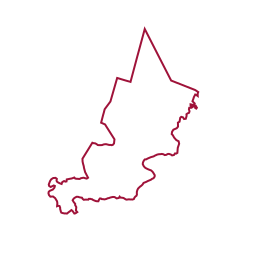 outline of Serrano do Maranhão, Maranhão, Brazil, rotated 196°
{"feature_id": "56859067B78224443987075", "entity_name": "Serrano do Maranhão", "entity_type": "district", "adm_level": 2, "iso_a3": "BRA", "parent_name": "Brazil", "parent_adm1": "Maranhão", "projection": "robinson", "projection_center": [-45.009, -1.886], "detail": "fine", "context": "isolated", "style": "outline", "palette": "rose", "viewbox_px": 256, "rotation_deg": 196, "n_neighbors": 0, "source": "geoboundaries", "source_scale": "gbopen_adm2", "svg_char_len": 3217}
<svg xmlns="http://www.w3.org/2000/svg" viewBox="0 0 256 256"><g transform="rotate(196 128 128)"><path d="M73.7,117.7L74.7,122.7L74.5,127.0L75.7,129.2L78.2,129.7L81.0,131.5L83.0,133.5L84.3,134.2L84.6,136.6L83.9,138.9L81.1,141.2L80.3,143.1L80.8,144.7L81.5,146.9L80.2,148.3L80.6,152.2L79.9,153.4L78.1,153.4L76.6,152.1L75.0,152.8L75.0,155.8L75.6,157.3L74.8,158.4L73.5,159.5L73.5,161.1L74.6,162.8L74.7,164.3L72.7,164.9L71.9,165.7L72.9,166.4L74.0,166.6L74.4,168.0L72.5,168.1L71.5,167.2L69.8,167.2L68.8,165.7L67.7,165.5L67.4,166.5L68.2,167.2L69.2,168.2L71.2,168.3L70.7,170.0L73.4,171.5L73.3,173.0L73.2,174.2L73.2,175.7L72.6,178.7L70.9,178.4L69.8,178.0L70.5,180.1L70.4,181.9L73.8,183.0L99.6,185.5L113.3,200.1L130.6,218.6L139.2,227.8L139.1,222.5L138.8,201.2L138.8,200.0L138.3,173.0L142.0,173.0L143.8,173.0L152.2,173.1L152.2,148.6L155.6,139.6L155.5,136.2L155.5,133.4L155.3,125.7L151.0,125.1L149.5,123.7L140.5,115.7L137.9,113.4L137.2,109.3L137.9,107.7L138.9,107.0L139.8,107.0L141.5,106.5L142.5,106.5L144.7,106.4L146.5,105.7L147.4,105.1L148.3,104.4L149.6,104.0L151.2,103.5L152.4,103.3L153.9,103.9L155.5,104.2L156.8,103.9L158.2,104.0L163.3,85.9L162.4,83.2L161.5,81.5L159.9,78.9L159.4,77.7L157.0,73.7L155.9,72.6L155.1,71.7L152.7,69.2L153.7,68.0L155.4,67.9L156.8,68.0L157.8,67.6L159.5,66.7L160.4,65.7L161.7,65.4L162.8,65.2L163.9,64.9L164.9,64.9L166.0,65.6L167.0,64.8L168.3,63.9L170.0,63.1L171.5,62.3L172.7,61.7L172.4,59.7L173.4,59.2L174.8,59.4L175.6,58.6L176.3,57.8L176.4,55.9L177.9,56.0L179.9,56.3L181.6,56.9L182.2,57.8L182.4,59.5L183.9,60.1L186.1,59.3L187.6,57.6L188.2,55.9L188.4,54.3L188.6,51.9L187.9,50.6L186.1,50.0L183.5,52.3L182.3,52.1L182.3,50.3L183.3,48.1L185.7,46.2L186.6,44.9L186.5,43.4L185.5,41.8L183.7,40.6L181.2,41.5L178.7,40.5L176.0,38.0L175.2,36.3L174.6,33.3L173.6,34.0L172.3,34.1L171.3,32.8L170.8,31.3L170.1,30.2L169.5,29.1L168.8,28.3L167.6,28.2L166.4,28.3L165.2,28.4L164.2,28.8L163.1,28.9L161.7,30.9L160.5,32.4L159.8,33.5L158.5,33.0L156.0,31.0L155.0,31.5L153.6,33.2L155.3,34.3L155.9,37.7L157.6,39.4L157.9,40.6L159.6,41.7L161.3,43.3L160.8,45.0L160.1,46.1L158.5,47.7L156.9,48.1L155.5,48.0L153.0,48.3L152.0,47.3L150.7,46.8L149.4,47.4L146.4,48.2L146.1,49.1L144.8,49.5L143.7,49.5L142.7,49.6L141.8,49.2L139.0,48.9L137.8,49.0L136.3,49.4L136.1,51.1L135.6,52.5L134.7,52.8L133.8,52.4L132.5,52.7L130.9,52.9L129.3,53.8L128.2,54.8L127.0,55.4L125.8,56.3L124.4,57.1L123.4,57.6L121.9,57.9L120.7,57.6L119.6,57.2L118.7,57.6L117.6,58.2L117.1,59.7L116.2,59.0L114.8,59.3L113.0,59.5L111.4,59.0L110.0,58.7L109.0,59.0L107.5,59.7L106.2,59.9L105.3,60.2L103.9,60.5L102.8,61.3L102.6,62.8L102.0,64.2L101.2,65.2L101.1,66.5L101.5,67.6L101.9,69.1L101.9,71.0L101.6,72.6L101.1,73.5L100.3,74.9L99.2,76.3L98.4,77.7L97.9,79.5L95.8,81.1L94.2,82.6L91.7,84.6L91.1,85.5L89.6,86.8L89.0,88.6L89.3,90.0L91.0,91.6L92.3,92.7L94.1,93.6L96.8,93.8L99.3,94.2L100.7,94.6L102.3,95.6L103.9,97.4L104.1,99.0L103.9,100.4L103.6,101.5L103.2,102.4L101.8,102.9L100.9,103.9L99.2,105.3L97.8,106.4L96.8,107.0L95.5,107.8L94.5,108.9L93.4,109.8L92.6,110.5L91.1,111.3L89.3,111.9L88.3,112.4L86.6,112.5L85.3,112.1L83.9,112.7L83.2,113.4L82.4,114.1L81.4,114.4L79.4,114.3L78.1,113.8L76.4,114.7L75.8,116.5L74.6,116.7L73.7,117.7Z" fill="none" stroke="#9f1239" stroke-width="2"/></g></svg>